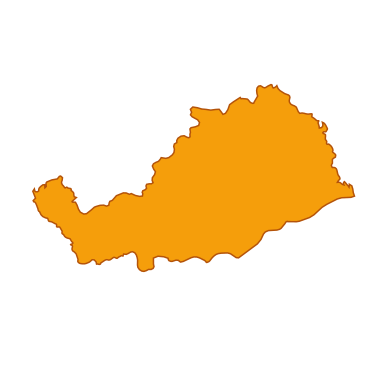 the Region of Kédougou, rotated 338°
{"feature_id": "SEN-5515", "entity_name": "Kédougou", "entity_type": "Region", "adm_level": 1, "iso_a3": "SEN", "parent_name": "Senegal", "parent_adm1": "", "projection": "albers", "projection_center": [-12.553, 12.877], "detail": "fine", "context": "isolated", "style": "filled", "palette": "amber", "viewbox_px": 384, "rotation_deg": 338, "n_neighbors": 0, "source": "natural_earth", "source_scale": "10m", "svg_char_len": 5553}
<svg xmlns="http://www.w3.org/2000/svg" viewBox="0 0 384 384"><g transform="rotate(338 192 192)"><path d="M272.1,122.4L272.4,123.9L273.6,124.2L277.1,126.0L278.2,126.7L278.7,127.8L279.5,130.4L280.1,131.4L281.7,132.7L282.5,132.8L283.2,132.0L288.8,127.7L289.1,125.1L289.9,122.2L291.3,119.9L293.3,118.8L295.2,119.1L296.2,120.2L297.0,121.5L298.3,122.6L299.6,122.7L302.2,122.2L305.5,122.0L306.2,122.6L306.0,124.6L306.3,126.0L307.8,126.1L309.5,125.7L310.5,125.2L310.5,128.2L311.5,130.9L314.8,135.5L317.8,138.2L318.4,139.5L318.2,141.0L316.5,143.5L316.0,145.0L316.4,147.4L317.7,149.1L319.3,150.6L320.5,152.4L320.6,157.2L321.3,159.4L323.7,160.0L325.5,161.1L327.1,162.3L328.8,163.3L331.0,163.9L332.4,164.4L332.3,165.4L331.5,166.5L331.3,167.2L333.1,169.9L333.9,171.6L334.4,172.4L334.9,172.9L336.1,173.4L335.9,174.0L335.2,174.6L334.7,175.2L334.7,176.3L334.4,179.0L334.0,180.4L336.1,180.8L337.7,180.1L338.6,178.6L339.0,176.2L340.1,177.4L340.7,178.8L341.0,180.3L341.3,183.9L340.9,184.7L340.0,185.3L338.9,186.2L338.3,186.2L337.4,185.8L336.5,185.5L335.6,185.9L335.5,186.8L336.2,187.5L336.9,188.2L337.2,188.9L336.7,190.3L335.9,191.8L335.4,193.2L335.9,195.4L335.7,196.0L335.3,196.6L334.9,197.4L335.0,198.2L335.5,198.5L336.2,198.6L336.5,198.7L336.7,198.8L337.2,199.5L337.7,200.5L338.2,201.6L338.5,203.0L338.6,204.7L338.3,206.2L337.4,207.2L337.4,207.8L338.8,210.3L339.1,211.6L338.0,213.4L336.1,213.7L334.4,214.3L333.0,217.9L331.9,218.7L331.1,219.7L331.2,221.7L331.7,222.1L332.8,222.4L333.8,223.2L334.5,224.6L334.5,226.0L333.8,230.4L334.0,231.8L334.3,232.8L334.4,233.8L334.1,235.3L331.3,236.7L330.4,237.5L331.9,238.0L332.8,238.7L334.4,241.4L335.5,242.3L335.4,241.3L336.2,239.9L337.2,239.5L338.0,241.6L338.3,242.8L339.2,245.1L339.4,246.3L340.5,244.6L340.8,243.8L342.5,246.2L342.2,249.4L341.3,253.0L341.1,256.7L337.4,256.5L328.6,253.4L324.1,252.9L312.5,253.9L306.9,254.9L296.6,258.8L291.5,259.7L280.5,259.3L277.8,258.7L269.6,255.3L269.5,255.0L269.2,254.9L268.3,254.9L267.7,255.1L266.2,256.2L261.1,259.0L259.3,259.4L256.5,259.1L248.4,256.4L245.0,256.5L242.6,257.7L238.2,261.8L233.2,264.6L210.5,270.5L208.4,269.4L204.5,263.6L202.1,261.8L196.3,259.7L193.5,259.0L191.2,258.9L188.9,259.4L186.3,260.4L182.4,262.6L181.4,262.9L181.2,262.9L179.3,262.9L178.8,262.3L178.7,261.4L178.0,260.1L174.2,255.8L172.0,254.0L169.4,252.9L166.6,252.6L157.9,253.1L155.2,252.7L154.4,251.6L153.8,250.3L151.7,249.2L147.7,248.9L146.4,248.4L145.0,247.1L144.7,245.9L144.9,245.0L145.0,244.5L141.6,241.5L136.4,238.8L131.5,238.8L129.3,244.3L128.8,247.0L127.3,248.3L125.1,248.5L122.7,247.5L120.1,247.8L117.7,247.6L115.8,246.5L114.2,244.3L113.6,241.6L114.1,239.3L116.1,234.7L116.6,232.3L116.8,229.5L116.2,226.9L114.5,225.1L112.5,224.7L110.1,225.1L107.7,225.2L105.3,223.9L104.0,225.5L102.9,224.7L102.1,224.6L101.1,224.8L99.9,224.8L98.2,225.3L97.7,225.4L97.1,225.1L95.8,223.7L95.0,223.3L94.0,223.4L91.8,224.0L90.6,224.2L89.4,224.0L87.8,222.9L86.7,222.6L85.5,222.7L81.5,223.5L80.8,223.7L80.5,224.1L80.1,224.5L79.3,224.5L78.7,224.3L77.5,223.4L76.9,223.2L76.5,223.1L76.9,220.9L75.9,218.3L74.1,217.4L73.3,217.6L72.6,217.9L71.6,218.3L70.2,218.6L67.1,218.6L65.4,218.3L63.9,217.7L62.2,216.8L61.2,216.1L60.3,214.9L60.1,214.0L60.2,213.3L60.9,212.2L61.1,211.4L61.4,206.4L61.3,205.5L60.9,204.7L60.5,203.5L59.6,202.5L59.3,201.5L59.2,200.7L59.4,200.0L59.7,199.3L60.5,198.2L60.8,197.6L60.9,196.8L60.5,196.2L59.9,195.7L59.8,195.3L60.2,195.1L60.9,195.2L61.7,195.2L62.3,194.9L62.5,194.0L61.9,193.0L61.4,189.7L60.8,189.2L59.0,187.9L57.8,186.5L57.3,185.4L56.9,183.2L56.2,182.3L56.0,181.5L56.2,181.0L56.6,180.4L56.9,179.6L56.3,175.3L56.1,174.9L55.5,174.5L54.7,174.3L53.8,173.9L53.5,173.4L53.7,172.8L54.0,172.2L54.2,171.4L54.0,170.8L53.0,169.9L52.0,168.6L50.6,167.0L48.5,165.7L48.2,165.0L48.2,164.2L48.3,163.4L48.3,162.4L47.8,161.9L47.1,161.6L46.3,160.9L44.5,158.9L43.6,156.9L43.4,155.6L43.3,153.3L42.7,152.3L42.6,151.4L42.7,150.6L42.9,149.8L42.9,147.6L43.0,146.6L42.9,143.7L42.6,142.7L42.2,142.1L41.6,141.8L41.5,140.5L44.6,139.1L44.7,131.7L47.0,130.1L46.6,132.4L47.4,133.4L48.9,133.9L50.2,133.6L51.0,132.0L51.7,131.2L53.7,130.2L56.4,129.5L58.1,130.0L57.2,133.0L58.9,132.3L60.0,129.1L61.2,128.3L66.7,128.3L71.9,129.4L73.5,128.6L74.9,127.8L76.2,128.0L77.3,130.2L76.0,132.5L75.0,133.6L74.4,134.8L74.5,136.9L75.0,138.0L75.3,139.0L75.5,140.2L75.9,140.7L76.9,140.6L77.7,140.6L78.1,141.1L78.5,141.9L79.4,142.5L80.3,143.0L80.9,143.5L81.0,144.2L80.5,145.4L81.4,146.8L81.9,148.7L81.3,150.5L81.0,152.3L82.7,153.8L77.3,155.8L77.3,156.6L80.1,157.8L80.5,161.2L80.3,165.4L80.9,168.9L83.4,171.9L86.1,172.6L91.9,170.9L95.8,169.5L97.7,169.5L101.7,169.9L105.2,171.1L107.5,173.1L109.9,173.1L111.1,171.1L112.3,169.9L115.0,169.9L118.2,168.3L120.5,167.1L128.0,167.1L130.7,168.3L133.1,170.7L135.1,170.7L138.2,174.0L141.7,176.4L144.5,177.2L145.7,175.2L145.7,173.6L146.9,172.4L149.2,172.4L151.2,171.6L151.6,169.2L152.8,167.9L155.5,168.4L157.5,169.2L159.4,168.8L159.4,166.3L160.6,163.9L163.8,161.9L165.7,159.5L165.0,156.3L165.0,153.0L166.9,151.4L169.7,151.0L172.4,151.0L174.8,149.8L176.3,148.6L178.3,149.8L180.3,151.0L183.4,151.4L187.7,150.2L190.1,148.6L191.7,145.8L192.1,142.9L193.6,140.9L196.4,140.5L197.2,138.5L199.1,136.9L202.7,136.1L205.8,136.9L207.8,139.3L209.3,140.5L210.9,140.1L211.7,137.7L212.9,136.1L213.7,132.8L215.2,132.0L219.5,132.8L223.1,132.8L225.0,130.4L224.3,127.2L220.3,122.3L219.5,119.9L221.5,117.9L221.5,114.7L224.6,113.5L228.6,115.9L232.1,118.7L236.0,120.7L240.0,123.1L244.7,124.3L248.2,125.5L249.0,128.4L249.8,131.6L252.5,131.6L256.1,129.1L259.6,125.1L264.3,123.9L272.1,122.4Z" fill="#f59e0b" stroke="#b45309" stroke-width="1.5"/></g></svg>